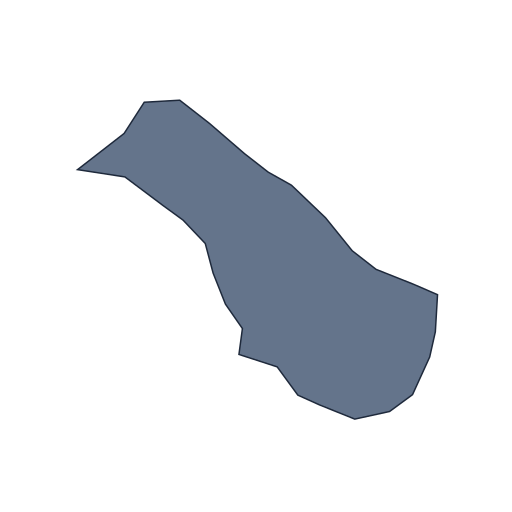 Agios Georgios Keryneias, Cyprus, rotated 18°
{"feature_id": "46923920B51635093907886", "entity_name": "Agios Georgios Keryneias", "entity_type": "district", "adm_level": 2, "iso_a3": "CYP", "parent_name": "Cyprus", "parent_adm1": "", "projection": "equal_earth", "projection_center": [33.268, 35.344], "detail": "fine", "context": "isolated", "style": "filled", "palette": "slate", "viewbox_px": 512, "rotation_deg": 18, "n_neighbors": 0, "source": "geoboundaries", "source_scale": "gbopen_adm2", "svg_char_len": 528}
<svg xmlns="http://www.w3.org/2000/svg" viewBox="0 0 512 512"><g transform="rotate(18 256 256)"><path d="M270.2,354.9L310.4,354.9L338.8,375.4L362.5,378.0L400.3,380.6L431.1,362.6L447.7,339.5L452.4,298.4L450.0,272.7L440.6,236.7L414.5,234.2L374.3,231.6L345.9,221.3L310.4,198.2L267.8,177.7L241.8,172.5L213.4,162.2L170.8,144.3L135.3,131.4L102.2,144.3L92.7,180.2L59.6,229.0L106.9,221.3L151.9,236.7L175.5,244.4L203.9,259.8L220.5,285.5L241.8,311.2L265.5,329.2L270.2,354.9Z" fill="#64748b" stroke="#1e293b" stroke-width="1.5"/></g></svg>